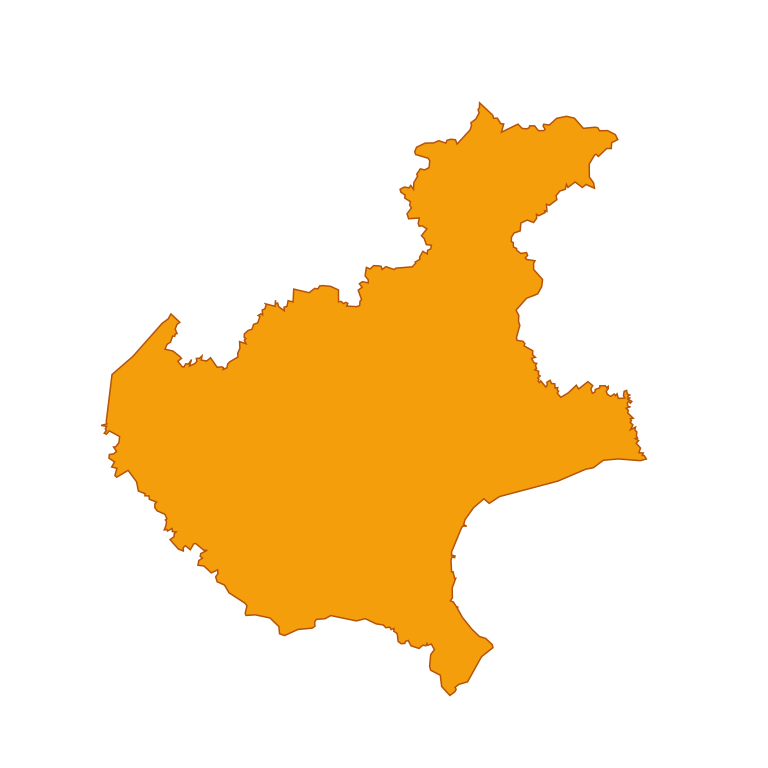 outline of Veneto, Treviso, Italy, rotated 10°
{"feature_id": "23120603B96721879872173", "entity_name": "Veneto", "entity_type": "district", "adm_level": 2, "iso_a3": "ITA", "parent_name": "Italy", "parent_adm1": "Treviso", "projection": "orthographic", "projection_center": [12.018, 45.736], "detail": "fine", "context": "isolated", "style": "filled", "palette": "amber", "viewbox_px": 768, "rotation_deg": 10, "n_neighbors": 0, "source": "geoboundaries", "source_scale": "gbopen_adm2", "svg_char_len": 6158}
<svg xmlns="http://www.w3.org/2000/svg" viewBox="0 0 768 768"><g transform="rotate(10 384 384)"><path d="M287.6,626.3L287.1,633.6L288.2,635.9L297.2,633.7L312.3,634.2L322.6,641.1L324.5,648.1L329.8,649.0L341.8,640.7L355.7,636.9L358.1,634.5L357.0,630.2L358.3,627.5L366.7,625.4L371.8,621.3L397.9,622.1L406.3,618.4L418.0,621.6L425.1,621.4L428.1,623.7L432.1,622.5L433.6,624.6L436.2,623.1L436.6,625.8L440.3,627.5L442.7,635.2L446.1,636.8L449.5,635.9L450.0,633.7L452.3,632.3L456.1,637.2L464.4,638.3L467.6,634.5L470.8,634.5L471.3,632.1L472.5,633.7L475.7,631.9L479.8,636.8L477.0,642.3L477.9,654.0L479.7,657.8L490.0,661.0L493.3,671.9L503.0,679.3L507.2,674.8L508.1,672.2L506.6,670.5L509.7,666.9L518.0,662.8L527.4,635.6L537.1,624.7L535.9,621.9L528.3,616.9L521.8,616.1L512.7,609.9L501.8,600.3L495.1,592.0L495.6,590.1L495.0,591.8L490.1,586.6L486.9,586.0L488.5,582.9L486.6,572.9L488.4,562.9L487.4,563.3L484.6,556.9L483.2,557.3L480.5,545.7L481.1,542.4L483.7,542.7L483.8,541.0L480.2,540.7L479.7,537.7L485.2,512.6L486.3,510.2L490.1,509.7L486.9,508.6L487.3,503.6L493.7,490.2L502.3,479.7L508.3,483.3L517.3,474.8L572.3,449.3L597.4,432.9L604.7,430.1L613.3,421.0L627.9,417.1L649.6,415.0L655.4,412.3L652.6,409.2L650.7,409.5L651.3,406.9L647.0,407.4L647.7,402.5L642.6,398.5L644.6,395.6L641.0,394.1L643.1,393.2L641.6,391.4L641.3,387.3L639.0,385.6L639.2,382.7L634.7,386.2L636.2,381.1L633.1,378.9L634.0,377.1L632.6,375.4L635.4,374.5L629.0,370.1L629.2,367.6L626.6,365.8L630.8,363.5L628.4,363.9L626.9,360.8L627.7,358.6L630.0,360.1L631.1,358.1L626.7,356.5L629.1,354.7L626.9,355.6L626.1,353.9L627.9,352.2L625.3,351.6L624.0,348.2L621.8,349.5L621.8,353.8L623.5,355.9L621.4,356.6L617.2,357.5L615.2,353.2L614.0,355.3L612.4,353.9L609.3,356.9L605.7,355.3L604.1,352.6L605.7,349.6L605.2,347.4L604.0,349.0L602.2,347.3L596.9,348.3L597.1,350.3L593.0,352.7L593.0,355.6L590.8,356.9L588.6,353.1L589.8,349.3L584.4,346.3L576.5,355.1L573.6,351.8L567.0,360.7L560.5,366.4L556.2,363.0L557.2,360.8L555.5,359.7L555.7,357.4L553.1,358.2L552.2,354.2L548.8,354.4L547.0,351.5L544.1,354.0L545.0,356.5L543.9,358.9L537.8,353.7L537.0,355.6L535.3,354.5L535.8,352.4L534.4,351.4L536.4,349.0L534.4,348.1L534.1,344.6L530.0,343.9L531.6,342.3L529.9,339.4L530.8,337.2L528.2,337.2L524.9,333.2L528.5,331.4L525.3,329.5L524.7,325.4L515.3,322.1L515.7,319.8L513.4,317.8L507.3,317.9L506.4,315.1L507.6,302.7L505.6,298.9L504.8,293.0L501.2,288.4L509.5,274.8L519.7,268.6L522.4,260.7L522.0,253.6L511.5,245.2L510.4,239.2L511.3,236.4L502.8,236.6L501.3,235.3L503.1,232.3L501.5,229.8L496.1,231.7L491.3,229.2L491.1,227.5L487.7,226.6L486.7,222.2L484.7,221.7L484.0,217.4L485.9,212.7L491.5,209.6L490.9,201.7L496.5,197.7L503.3,199.0L505.6,194.2L504.7,190.4L507.2,191.4L512.9,187.2L512.1,185.5L514.5,185.8L512.8,178.8L515.9,179.3L522.2,172.4L520.8,168.6L523.7,163.4L528.7,160.8L529.0,155.8L531.0,158.5L537.1,151.9L545.2,156.0L548.3,152.4L557.3,154.7L555.5,149.6L550.3,144.5L547.9,131.8L551.6,122.0L553.1,120.9L555.6,122.7L562.4,113.4L566.9,112.7L566.3,106.8L571.8,102.7L568.5,98.2L560.1,95.6L552.3,97.2L550.2,94.6L547.5,94.4L535.9,97.6L525.3,89.1L517.1,88.7L507.9,92.4L501.8,100.3L496.2,100.4L495.9,102.3L498.4,105.2L497.4,106.7L492.0,107.7L487.5,103.6L482.5,104.5L482.6,106.3L480.3,107.9L475.6,108.3L470.8,104.8L456.0,115.6L456.7,107.1L453.8,107.4L449.5,102.5L445.8,103.3L444.4,100.4L429.3,90.5L430.0,95.3L429.0,97.5L430.6,100.6L428.4,107.2L424.2,111.6L425.3,114.1L424.7,118.7L414.3,135.0L412.0,131.1L407.4,131.3L403.8,133.0L403.0,136.0L395.7,134.9L390.9,138.0L382.7,139.6L375.0,145.1L373.9,149.9L375.3,152.5L388.2,154.0L390.3,156.2L390.8,163.1L386.8,166.1L382.4,165.8L379.8,171.7L381.0,173.4L378.4,180.5L379.3,187.2L375.9,183.8L374.6,186.5L369.8,186.5L366.0,189.5L367.3,192.2L372.0,194.3L372.1,197.3L378.4,199.9L378.2,203.5L380.4,205.8L377.1,212.4L379.6,217.0L389.9,214.4L389.8,220.0L391.3,222.6L394.0,221.5L399.3,223.8L395.1,231.4L398.3,233.7L401.5,239.4L406.6,239.1L406.5,242.8L403.7,244.8L404.0,248.4L399.2,246.6L397.0,253.0L397.7,254.9L393.5,258.5L394.2,259.5L391.5,263.7L375.6,267.8L374.2,269.5L365.5,268.1L362.3,271.6L360.8,268.6L358.2,268.6L353.3,269.2L350.3,273.1L346.4,272.2L346.6,280.8L350.4,284.2L350.9,287.1L344.9,287.0L342.3,289.6L345.6,292.5L342.3,296.1L347.3,304.9L346.0,306.5L346.4,311.0L343.6,312.6L333.7,313.7L334.4,310.9L332.3,310.2L330.3,311.8L327.2,310.1L325.0,311.0L322.8,299.3L314.5,297.1L306.1,297.8L303.6,298.6L302.3,301.8L299.1,301.9L294.4,307.1L278.6,306.2L280.2,319.0L275.1,318.6L275.0,324.4L272.2,325.7L273.1,329.2L266.8,326.1L265.2,322.8L263.4,323.8L262.6,320.3L263.2,326.4L253.3,325.6L254.3,326.6L253.6,330.7L251.2,332.3L252.5,337.0L250.6,336.3L248.1,338.4L250.1,339.2L249.0,345.8L245.2,347.9L244.5,353.0L240.9,354.8L237.8,358.9L238.2,362.4L240.1,363.2L238.8,365.1L241.1,368.3L234.4,367.3L235.9,373.9L234.6,379.1L235.5,382.7L228.2,389.0L226.6,391.4L226.5,395.3L223.0,397.7L223.0,395.8L221.2,395.3L216.8,396.5L208.6,388.3L205.4,392.1L199.9,392.2L199.9,387.9L197.9,390.7L194.7,391.4L195.8,394.2L194.1,396.8L189.3,400.1L190.2,393.3L188.0,398.3L185.3,398.5L184.0,401.9L182.3,402.1L177.0,397.4L180.1,394.0L178.2,392.4L170.5,388.2L162.2,387.7L163.6,382.4L166.5,379.9L167.5,373.5L169.6,373.4L169.8,371.0L171.5,370.3L168.8,366.1L169.8,361.3L172.2,358.7L162.0,352.0L160.2,357.3L155.1,362.6L131.9,400.4L114.5,421.9L117.0,469.5L118.0,471.4L112.6,473.9L118.3,473.9L117.3,476.6L118.7,477.9L117.0,481.0L119.3,481.7L121.6,477.9L132.8,481.6L133.1,487.9L130.6,492.5L128.6,493.0L132.3,496.9L129.8,499.8L125.8,501.1L126.0,504.8L132.2,507.5L130.2,513.0L135.6,513.4L134.9,520.9L136.9,522.2L147.0,513.5L157.3,523.3L160.7,532.1L167.8,533.5L167.9,535.6L172.1,535.1L172.9,538.3L180.5,539.8L179.1,541.9L179.8,545.6L182.7,548.4L190.8,550.3L193.6,554.4L192.3,555.8L193.6,556.9L193.9,560.9L192.9,565.8L195.5,565.0L196.3,566.4L200.4,563.1L201.2,566.1L205.0,565.8L203.4,567.9L203.7,570.9L200.3,574.4L210.2,582.3L215.4,583.3L214.7,580.0L216.5,577.7L222.0,580.9L224.4,574.4L226.3,573.8L235.4,579.0L238.8,578.4L233.0,582.8L232.9,585.6L235.4,587.0L232.3,590.0L232.2,594.8L238.2,594.5L246.8,600.0L252.4,595.9L253.4,599.5L251.7,603.2L254.1,607.8L261.8,609.7L267.7,616.6L285.4,624.1L287.6,626.3Z" fill="#f59e0b" stroke="#b45309" stroke-width="1.5"/></g></svg>